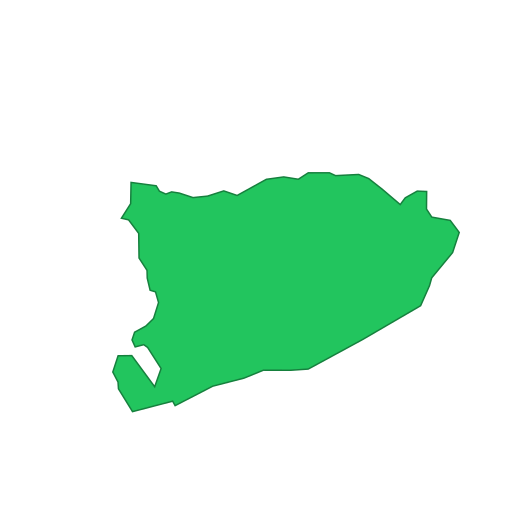 Abalak, Tahoua, Niger (Mercator projection), rotated 59°
{"feature_id": "23599985B73397103622086", "entity_name": "Abalak", "entity_type": "district", "adm_level": 2, "iso_a3": "NER", "parent_name": "Niger", "parent_adm1": "Tahoua", "projection": "mercator", "projection_center": [6.168, 15.504], "detail": "fine", "context": "isolated", "style": "filled", "palette": "green", "viewbox_px": 512, "rotation_deg": 59, "n_neighbors": 0, "source": "geoboundaries", "source_scale": "gbopen_adm2", "svg_char_len": 953}
<svg xmlns="http://www.w3.org/2000/svg" viewBox="0 0 512 512"><g transform="rotate(59 256 256)"><path d="M154.3,351.9L159.4,346.6L176.2,344.9L197.5,357.3L212.2,356.8L218.9,360.6L230.8,364.4L235.0,360.6L245.7,363.5L256.8,376.0L259.3,386.5L258.8,399.3L264.1,405.5L271.7,406.4L274.2,397.9L278.5,396.0L303.6,395.3L315.9,410.2L277.4,413.8L270.5,425.6L281.7,438.5L293.0,439.2L299.0,442.3L325.8,442.0L337.5,402.2L342.6,402.4L345.3,360.1L354.5,329.2L357.7,308.5L371.7,285.3L379.8,269.5L382.5,207.6L383.4,140.5L370.8,122.6L365.2,116.6L354.3,85.7L340.5,69.7L335.1,70.2L325.5,71.2L313.2,85.3L303.6,85.7L288.6,76.5L283.4,84.4L283.0,98.1L286.2,105.9L264.4,113.2L247.7,119.5L239.0,126.0L228.1,146.4L222.5,150.2L211.6,168.4L212.0,180.2L202.5,191.5L195.6,207.6L194.4,241.0L183.6,250.1L179.7,266.7L173.5,279.9L162.6,289.3L157.6,295.3L156.5,301.4L150.7,305.4L144.4,305.4L128.6,325.2L146.6,336.5L154.3,351.9Z" fill="#22c55e" stroke="#15803d" stroke-width="1.5"/></g></svg>